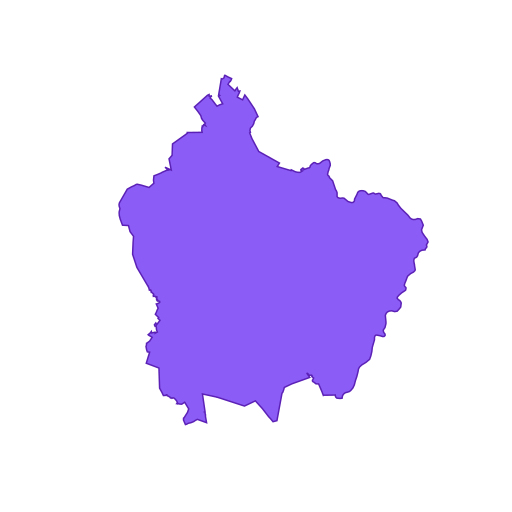 Tepic, Nayarit, Mexico, rotated 55°
{"feature_id": "50627088B74559046187795", "entity_name": "Tepic", "entity_type": "district", "adm_level": 2, "iso_a3": "MEX", "parent_name": "Mexico", "parent_adm1": "Nayarit", "projection": "orthographic", "projection_center": [-104.883, 21.625], "detail": "fine", "context": "isolated", "style": "filled", "palette": "violet", "viewbox_px": 512, "rotation_deg": 55, "n_neighbors": 0, "source": "geoboundaries", "source_scale": "gbopen_adm2", "svg_char_len": 6125}
<svg xmlns="http://www.w3.org/2000/svg" viewBox="0 0 512 512"><g transform="rotate(55 256 256)"><path d="M317.2,411.9L318.3,410.1L318.4,409.6L318.2,409.1L318.6,408.6L319.6,408.9L320.4,408.3L321.1,407.9L321.8,407.7L322.2,407.4L323.2,407.5L324.0,406.4L324.4,406.4L324.5,405.6L325.0,404.8L326.9,404.3L329.6,404.1L330.6,404.5L330.9,404.4L331.2,404.5L331.5,405.6L331.9,405.2L332.3,405.0L332.5,404.3L333.5,403.4L334.8,401.8L334.9,398.3L342.6,398.8L344.8,401.8L347.3,407.8L347.2,408.3L347.3,408.4L348.8,409.5L353.6,410.5L353.7,409.9L354.0,409.5L354.2,407.4L355.2,405.0L355.9,402.0L355.9,399.9L356.2,397.7L364.2,392.1L358.6,389.5L357.3,388.6L357.1,388.6L356.8,388.3L356.0,388.1L354.7,387.4L354.5,387.5L354.6,387.2L338.3,379.0L348.8,369.3L349.2,369.1L349.5,368.7L372.3,351.5L374.3,339.6L384.7,338.3L395.0,337.8L397.8,337.4L401.5,337.1L402.9,333.3L383.3,313.4L383.1,312.4L381.5,310.1L379.9,308.2L381.3,299.9L386.3,281.6L380.9,281.6L381.9,281.1L382.1,281.3L382.5,281.0L384.2,280.9L385.5,278.8L386.1,279.0L386.6,278.8L386.9,279.4L389.0,278.8L390.1,280.7L390.1,281.0L390.9,281.5L391.5,281.5L392.1,281.1L395.1,280.2L396.7,278.1L404.9,279.8L408.8,280.8L408.8,280.5L414.5,272.1L415.3,270.8L416.2,271.3L417.4,271.6L418.8,271.3L420.8,269.0L421.9,267.1L420.2,265.4L419.6,264.2L419.2,262.7L419.3,261.0L419.9,259.5L420.6,257.2L420.5,255.5L419.7,252.4L418.0,249.4L415.0,245.9L412.6,242.6L409.4,238.9L407.3,236.8L406.3,234.8L405.9,231.8L406.2,226.9L405.8,222.2L403.6,219.1L400.7,215.9L397.5,213.1L392.6,207.0L390.6,205.6L389.9,204.7L389.6,203.8L389.6,203.1L390.2,202.3L392.5,200.1L394.8,198.3L395.4,197.1L395.1,195.8L394.0,195.1L391.7,195.2L389.7,194.3L388.6,191.4L386.0,188.4L384.6,187.4L378.8,184.1L377.6,182.2L377.2,180.4L377.6,178.3L378.7,176.3L381.1,174.3L382.2,172.0L381.4,168.5L380.8,166.7L377.8,164.0L376.3,163.7L374.7,163.8L373.6,164.4L371.5,164.6L370.7,163.7L370.1,161.3L369.7,157.7L369.8,155.1L369.8,153.1L368.8,151.9L367.9,151.3L366.1,151.6L365.0,151.3L363.6,149.6L362.3,147.5L360.4,144.8L359.5,143.4L359.1,139.4L359.5,136.2L359.1,134.1L358.5,133.4L355.1,131.8L354.1,131.2L352.2,130.4L350.6,129.6L349.7,128.9L348.7,127.5L349.1,125.2L348.5,123.6L346.5,121.1L346.1,119.1L346.4,116.8L348.0,114.0L347.2,113.0L346.9,111.5L346.5,110.8L345.9,110.4L344.7,110.1L343.2,107.0L340.5,106.3L336.3,106.5L332.0,106.4L329.5,105.4L326.7,101.3L322.4,100.3L320.0,100.1L318.1,102.1L317.5,104.4L316.3,106.3L314.9,107.4L313.1,108.0L310.0,108.1L300.1,110.0L296.0,110.2L293.4,110.0L290.1,110.9L288.5,112.2L283.9,115.2L282.4,116.8L281.3,118.3L280.3,118.6L279.6,118.5L278.6,118.7L276.7,118.4L276.1,118.5L275.6,119.0L274.9,119.8L274.5,121.1L274.1,121.7L274.0,122.3L273.7,122.7L273.0,123.1L271.9,123.5L271.4,124.3L270.4,127.9L270.0,128.6L269.1,129.0L267.6,129.1L265.7,129.5L264.0,130.8L263.0,132.1L262.2,133.6L262.0,134.7L262.2,136.1L263.4,137.9L265.9,142.6L267.1,143.6L267.5,144.1L267.8,145.7L266.9,147.3L264.1,149.4L259.2,150.7L258.2,151.7L256.9,154.1L255.2,155.4L253.8,155.5L250.7,153.3L248.9,152.8L247.1,152.7L238.4,150.1L233.9,150.9L233.5,150.6L232.5,150.5L231.9,150.5L231.5,150.8L230.2,150.6L228.1,148.3L227.2,146.9L226.2,145.9L224.4,143.2L222.8,142.2L221.1,141.6L219.6,141.3L218.5,141.7L217.8,142.4L217.2,143.4L216.4,146.7L216.6,151.0L215.9,152.5L215.2,153.4L213.6,154.0L212.8,154.8L212.6,155.4L212.8,158.3L213.4,160.1L213.9,160.4L214.2,161.1L214.3,161.9L213.8,162.9L212.7,167.0L212.2,166.8L212.2,167.0L211.5,167.0L211.4,167.3L211.2,167.2L211.0,167.5L210.8,167.4L210.8,167.8L211.2,167.9L210.9,168.7L210.9,169.5L211.2,170.0L211.5,170.0L211.9,169.6L212.5,169.6L212.9,169.3L212.8,171.7L212.4,172.5L210.9,174.3L209.5,175.5L205.6,177.7L206.1,178.4L194.9,187.3L193.3,183.5L172.0,193.8L157.6,192.0L151.5,190.6L151.5,189.6L149.8,189.1L148.2,187.4L147.9,186.7L147.6,184.6L146.4,182.1L144.5,179.9L144.0,178.5L143.0,176.8L142.8,175.2L143.0,174.4L134.5,172.9L122.4,172.6L117.7,172.8L120.4,177.4L115.2,180.2L114.3,179.0L113.9,178.1L113.7,177.9L112.8,176.2L111.6,174.6L111.0,175.9L110.1,175.8L109.7,175.5L108.5,175.3L107.3,174.9L108.0,177.3L108.6,178.1L108.6,178.6L99.3,180.5L98.0,177.4L98.3,177.0L97.5,175.3L96.7,174.2L93.5,176.1L90.1,177.8L90.3,178.5L91.5,179.7L91.7,180.2L91.7,181.9L91.4,182.4L90.9,182.7L102.4,194.0L103.6,193.6L103.4,195.0L112.2,196.0L111.3,199.1L110.9,202.0L108.3,202.2L102.6,202.4L100.3,203.0L99.7,202.2L99.7,201.0L99.2,200.8L98.5,202.4L98.3,202.7L96.8,201.8L96.5,203.6L98.6,221.0L104.0,220.7L109.3,220.7L112.4,221.8L112.7,221.6L114.0,221.8L118.1,221.3L118.4,222.3L118.5,222.5L120.2,222.6L118.4,223.6L119.4,225.3L118.8,225.5L120.1,226.9L122.2,228.5L123.8,229.2L115.4,241.5L116.1,241.9L116.3,260.1L125.4,267.0L126.5,271.5L137.0,276.1L131.1,279.6L135.3,278.6L134.5,280.2L134.3,281.4L133.6,284.7L133.5,286.2L132.8,289.5L131.8,293.6L135.1,296.5L137.8,297.9L138.5,304.3L132.3,309.2L129.1,312.1L128.7,312.9L128.5,315.3L127.9,318.5L127.4,323.1L134.1,337.4L135.3,338.7L136.7,339.5L139.2,340.3L141.3,342.7L142.2,343.4L144.5,344.8L148.0,346.1L154.2,347.7L157.9,343.0L163.8,345.2L169.6,345.0L174.4,348.9L183.8,356.1L197.0,360.1L218.6,361.8L218.8,361.6L219.3,361.9L220.4,362.0L222.8,362.9L223.0,362.1L223.4,361.8L223.9,362.1L224.1,361.9L225.4,362.5L225.4,362.2L225.9,362.4L228.1,361.7L228.8,361.8L229.1,362.6L230.2,363.2L230.6,362.3L230.8,362.3L231.4,361.9L231.2,361.9L231.4,361.5L231.8,361.4L232.1,361.0L232.6,360.6L232.8,360.6L233.1,361.1L232.3,361.3L232.4,361.6L233.0,361.5L233.4,361.7L233.7,361.5L234.3,361.9L235.1,361.7L235.3,361.9L234.5,362.3L234.7,362.5L235.2,362.6L235.4,362.5L236.2,362.6L236.2,362.4L235.9,362.2L236.0,362.1L236.4,361.8L236.9,361.9L237.8,361.0L238.6,361.2L238.8,362.3L238.6,363.4L238.7,363.5L238.1,365.2L242.6,366.1L243.7,368.1L245.0,370.0L246.0,371.9L250.6,371.1L251.0,372.1L253.6,371.5L255.3,376.7L253.4,376.5L254.1,378.7L255.7,379.0L255.9,378.1L257.1,378.5L257.9,379.0L259.6,379.9L261.7,380.4L261.4,382.8L261.3,382.7L260.5,382.4L259.2,385.6L257.8,385.0L258.4,387.0L258.6,389.5L259.2,389.4L263.0,387.7L264.7,391.9L264.8,395.3L264.7,395.7L266.2,396.9L267.0,398.0L270.1,399.4L272.2,400.0L273.8,398.3L280.9,407.4L292.0,399.8L292.8,400.2L309.0,410.8L313.7,411.3L317.2,411.9Z" fill="#8b5cf6" stroke="#5b21b6" stroke-width="1.5"/></g></svg>